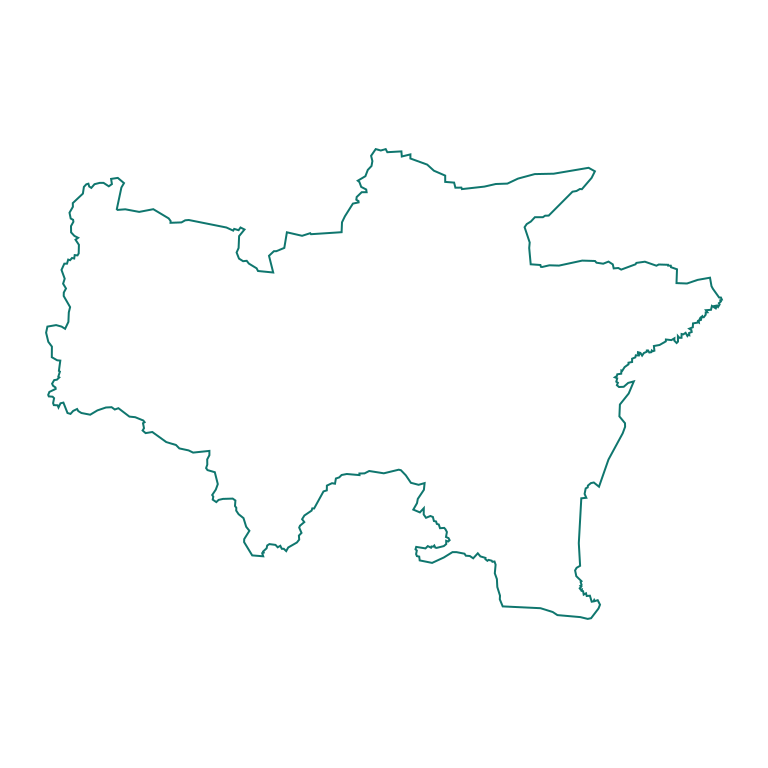 the district of Taphan Hin, Phichit, Thailand
{"feature_id": "78962969B26930516350058", "entity_name": "Taphan Hin", "entity_type": "district", "adm_level": 2, "iso_a3": "THA", "parent_name": "Thailand", "parent_adm1": "Phichit", "projection": "mercator", "projection_center": [100.432, 16.199], "detail": "fine", "context": "isolated", "style": "outline", "palette": "teal", "viewbox_px": 768, "rotation_deg": 0, "n_neighbors": 0, "source": "geoboundaries", "source_scale": "gbopen_adm2", "svg_char_len": 6050}
<svg xmlns="http://www.w3.org/2000/svg" viewBox="0 0 768 768"><path d="M600.0,604.7L597.7,600.2L594.8,601.1L594.2,600.0L593.5,601.4L591.7,601.7L589.9,595.7L586.7,596.0L586.0,593.3L583.7,594.6L583.1,591.2L581.7,590.9L581.9,589.4L580.7,589.7L579.7,588.3L581.3,586.6L580.4,585.8L581.6,584.9L580.6,582.0L581.5,581.2L576.3,576.2L575.1,570.4L576.6,567.8L580.1,565.8L578.8,543.2L581.3,498.3L586.3,497.8L584.6,493.9L585.7,488.4L587.7,487.4L587.9,485.6L590.9,483.1L593.8,482.5L599.0,486.7L608.5,459.5L622.7,433.3L625.1,426.8L625.0,423.2L619.4,416.4L619.9,404.5L628.7,393.5L633.8,381.4L628.2,382.9L623.7,386.8L619.0,387.0L616.9,385.2L617.9,382.8L616.3,381.7L617.2,378.3L614.9,377.3L616.9,376.0L617.3,374.3L621.2,373.7L621.4,370.5L622.2,370.9L624.6,367.1L628.5,364.3L628.5,362.7L632.1,362.0L632.1,358.7L635.3,357.4L635.8,355.3L638.9,355.5L639.3,354.2L637.9,353.3L638.0,352.2L640.4,352.9L642.1,355.6L643.9,353.0L646.7,351.8L646.8,350.5L648.0,350.4L649.3,352.5L651.2,352.2L651.8,350.5L652.7,351.3L654.4,350.7L653.9,346.0L659.5,345.0L665.8,341.4L665.9,339.5L671.4,340.1L674.4,338.3L674.3,340.6L676.6,343.0L678.0,341.6L677.9,336.1L679.4,337.8L681.5,337.8L681.6,334.0L683.3,334.4L685.6,332.8L687.4,336.0L688.3,334.8L689.3,335.2L689.1,333.0L691.7,332.0L691.4,330.1L689.3,328.7L692.8,327.3L693.0,323.4L697.6,322.6L697.8,321.6L698.9,322.4L698.7,320.6L701.0,319.9L701.2,318.6L699.8,318.9L700.4,317.7L702.2,316.3L702.4,317.3L703.8,317.2L705.7,314.7L705.7,312.5L707.4,312.3L705.9,310.2L711.0,309.8L711.9,305.9L715.8,308.4L716.4,307.0L715.0,305.9L717.2,305.5L718.1,306.9L719.6,304.5L718.9,303.2L720.9,301.5L720.3,300.3L721.9,299.7L720.9,297.5L719.1,297.5L712.9,288.8L711.5,286.2L710.0,277.7L697.6,279.9L687.0,283.5L676.5,283.1L677.0,269.3L671.0,267.2L670.8,265.7L668.1,265.6L668.0,264.8L658.8,264.5L656.4,265.7L644.9,261.7L636.4,262.9L635.5,264.3L621.2,269.6L618.3,268.0L613.7,268.4L612.8,264.4L608.5,261.6L603.2,263.7L596.5,262.7L595.0,261.0L582.2,260.6L559.0,265.6L549.4,265.3L542.1,267.0L540.9,266.8L540.4,265.0L530.7,264.3L529.2,248.0L529.7,242.5L524.6,227.2L526.7,224.1L530.9,221.5L534.9,217.2L542.9,217.2L545.1,215.7L548.7,215.6L572.5,191.7L576.5,191.0L579.9,189.0L581.9,189.2L591.6,177.9L594.9,171.3L588.6,167.8L553.7,173.7L534.7,174.1L518.0,178.6L507.4,183.6L495.8,184.0L484.4,186.6L461.9,189.1L461.4,187.6L455.4,187.7L454.1,182.6L445.2,181.9L445.2,175.6L433.9,170.7L427.2,164.6L410.4,158.5L410.4,154.4L401.8,156.5L401.4,151.4L387.3,152.2L385.7,149.1L380.8,150.5L375.7,149.1L371.1,155.8L372.4,161.1L371.5,166.0L367.8,169.9L365.4,176.2L357.8,180.7L359.4,182.0L361.2,186.9L366.2,189.5L366.6,192.2L361.7,192.2L356.7,197.0L356.3,199.7L358.5,201.1L358.6,202.4L352.9,203.6L344.9,216.3L342.0,222.3L341.6,232.2L311.0,234.2L310.2,233.2L302.1,235.8L286.9,232.3L284.3,247.9L276.3,251.2L273.9,251.2L269.0,255.8L273.2,272.5L258.0,271.0L256.6,268.3L248.9,263.6L246.7,260.8L243.1,261.2L239.0,258.6L236.6,252.5L238.6,248.0L239.1,236.1L244.5,229.5L240.5,227.5L238.6,230.2L234.2,228.9L233.2,230.6L226.4,227.5L188.8,220.0L185.2,220.3L181.5,222.4L170.5,222.8L170.6,221.0L168.7,218.4L153.3,209.2L139.2,211.9L125.3,209.3L117.6,209.9L116.8,209.2L121.4,187.5L124.0,183.1L117.8,177.9L111.1,178.9L111.9,184.1L108.8,186.3L103.6,182.9L99.6,182.9L94.5,184.2L91.3,187.9L89.2,186.5L88.4,183.7L86.3,184.3L83.9,186.9L82.9,193.6L72.8,203.1L72.9,206.8L69.5,212.7L70.7,218.5L73.1,219.8L73.4,221.8L71.0,226.1L71.1,232.4L74.4,235.9L78.1,237.8L75.5,239.7L78.9,244.8L78.7,253.4L77.5,255.4L74.7,255.1L74.2,258.5L72.0,258.0L70.1,260.2L68.2,259.6L67.0,263.7L64.3,263.7L61.5,269.9L64.7,278.7L63.1,283.7L66.0,288.5L63.8,292.5L63.7,296.0L70.1,307.1L68.8,312.4L68.4,321.9L65.1,328.8L61.6,326.6L56.1,325.1L47.4,326.6L46.1,332.7L48.3,341.8L51.9,346.6L51.8,357.2L57.2,360.3L60.3,360.6L58.9,370.9L59.9,371.6L58.3,376.7L59.3,377.4L56.9,379.7L54.2,380.1L52.1,383.7L53.0,385.7L55.5,387.5L55.7,388.9L49.4,391.9L48.2,394.9L48.8,396.4L52.6,396.7L54.1,398.2L53.1,403.1L53.8,405.1L57.6,405.3L58.5,407.5L60.5,403.3L63.4,402.6L67.5,413.0L70.5,413.9L73.2,410.9L77.1,409.0L78.3,411.1L81.4,413.0L90.2,414.7L97.4,410.4L105.9,407.5L111.6,407.2L114.8,409.5L118.4,408.2L129.4,416.6L135.2,417.2L143.3,420.5L144.6,422.2L143.0,423.2L144.0,428.2L142.6,430.5L145.6,433.1L152.3,432.0L166.3,442.1L176.0,445.0L179.3,448.4L188.6,450.4L193.1,452.6L209.4,450.9L209.4,455.2L207.2,459.4L207.3,464.6L206.1,468.1L207.5,470.1L214.8,472.2L217.8,484.1L215.8,489.6L212.2,495.0L213.3,496.7L212.7,499.6L216.3,502.1L218.6,499.9L223.0,498.9L232.7,498.6L235.4,500.5L235.0,506.0L236.3,507.8L236.2,510.6L238.6,514.2L243.5,518.1L246.2,526.8L249.4,530.8L244.2,539.1L244.1,542.1L252.2,555.4L263.2,556.3L262.2,553.2L263.7,552.6L263.1,551.5L266.6,548.3L267.2,545.5L269.4,544.1L275.5,544.9L277.7,547.3L280.3,545.8L281.8,548.8L283.8,548.8L286.2,551.1L288.2,547.5L296.9,542.5L299.2,539.6L298.9,535.6L301.5,532.9L299.2,527.6L300.0,525.7L304.3,522.1L302.1,519.2L304.4,515.5L311.6,510.6L312.3,508.4L314.1,508.5L323.5,491.4L326.8,490.4L326.9,485.6L332.0,483.2L335.0,483.7L335.9,478.5L339.2,477.4L341.6,475.0L346.8,474.0L359.5,475.1L359.4,473.5L364.5,473.4L369.2,471.0L383.8,473.3L398.7,469.7L400.9,470.2L405.8,475.3L410.9,482.8L418.6,484.8L424.6,483.1L423.9,489.8L417.8,498.9L417.0,503.2L413.3,509.6L419.9,512.4L423.8,508.2L423.7,514.5L426.0,517.8L430.4,516.0L432.9,517.0L433.9,521.0L436.1,521.5L436.8,523.9L438.8,524.5L440.0,528.2L444.2,527.9L445.4,529.2L446.9,532.0L446.0,537.0L448.5,538.1L449.6,540.2L448.2,541.5L446.2,540.8L446.2,544.1L443.8,546.1L436.6,547.9L435.3,547.6L434.3,545.5L433.1,546.7L431.5,546.5L431.0,547.7L427.8,546.1L425.5,548.4L416.2,546.9L415.5,549.3L416.8,550.5L416.1,554.1L416.9,556.1L419.2,556.6L419.7,560.4L432.1,562.9L443.8,557.5L452.5,552.1L456.3,552.1L464.5,553.7L465.8,555.7L469.8,556.0L473.2,558.3L477.8,553.3L480.4,556.4L485.5,557.9L485.4,559.2L487.4,560.8L488.6,559.9L491.7,560.7L492.4,561.8L494.5,561.5L495.6,564.7L494.8,573.3L496.9,579.1L497.3,587.0L500.0,595.7L499.8,599.3L502.7,606.4L540.5,608.2L552.7,612.0L557.4,615.1L580.3,617.1L587.7,618.9L591.1,618.2L598.5,608.5L600.0,604.7Z" fill="none" stroke="#0f766e" stroke-width="2"/></svg>